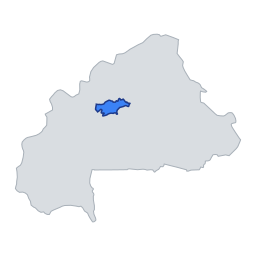 Passoré highlighted on a map of Burkina Faso
{"feature_id": "BFA-2817", "entity_name": "Passoré", "entity_type": "Province", "adm_level": 1, "iso_a3": "BFA", "parent_name": "Burkina Faso", "parent_adm1": "", "projection": "natural_earth1", "projection_center": [-2.128, 12.879], "detail": "fine", "context": "in_parent", "style": "filled", "palette": "blue", "viewbox_px": 256, "rotation_deg": 0, "n_neighbors": 0, "source": "natural_earth", "source_scale": "10m", "svg_char_len": 4310}
<svg xmlns="http://www.w3.org/2000/svg" viewBox="0 0 256 256"><path d="M198.4,169.8L191.0,170.1L188.4,171.1L186.8,171.1L186.7,170.3L186.5,169.8L177.3,167.3L170.8,165.7L164.2,164.0L163.8,165.6L162.9,166.7L161.5,166.7L160.5,166.5L159.8,167.7L158.7,169.3L157.2,170.1L155.7,171.1L154.9,172.0L154.3,172.0L152.7,169.9L150.7,169.7L147.0,170.1L145.3,169.5L143.0,169.2L137.6,169.7L129.0,168.8L127.5,169.3L127.2,169.7L118.6,169.8L109.2,169.9L101.3,169.9L94.4,170.0L94.3,169.7L92.1,169.6L91.9,170.3L89.9,178.6L89.7,183.1L90.7,185.9L91.9,187.7L93.2,188.4L93.3,189.4L92.3,190.7L92.4,192.0L93.6,193.4L93.9,194.9L93.3,196.4L93.4,200.0L94.4,205.8L94.4,209.5L93.5,211.2L93.9,214.1L95.6,218.2L95.9,220.0L95.3,220.8L93.9,221.8L92.5,221.8L90.8,219.3L90.1,218.2L88.7,215.7L87.6,213.1L86.0,212.0L84.5,211.0L82.7,207.8L80.9,206.2L79.0,206.7L76.2,206.1L70.7,205.3L64.7,205.5L62.2,206.2L59.8,207.4L53.6,210.0L51.1,211.3L49.3,214.5L47.2,214.4L45.0,213.4L43.7,211.9L40.9,212.3L38.2,210.8L35.5,208.0L33.6,207.1L31.1,205.1L30.4,201.2L28.8,198.5L27.4,194.7L25.3,193.0L22.8,192.1L19.4,192.3L17.1,190.8L15.4,188.6L15.8,186.7L16.6,184.0L16.7,181.4L17.3,177.2L17.0,171.9L16.4,168.2L18.3,166.6L20.4,165.3L21.8,162.7L23.2,157.1L23.8,152.2L23.4,150.4L22.7,149.0L22.1,146.9L21.8,144.3L22.2,142.1L23.9,140.0L25.9,138.3L27.4,137.5L31.3,136.6L36.2,135.3L39.0,133.9L41.0,132.4L42.2,131.2L43.3,128.9L45.2,127.0L46.7,125.2L46.9,120.0L46.9,117.1L45.8,115.5L45.2,114.1L52.5,110.0L52.5,107.2L51.5,104.0L50.1,101.4L49.6,99.2L51.6,96.6L53.4,94.7L54.7,93.0L57.5,90.5L60.4,89.8L63.1,90.8L71.0,96.7L72.4,97.1L74.0,96.7L76.1,95.1L78.8,93.9L79.8,89.9L79.7,84.0L80.3,81.3L81.7,80.8L86.3,82.0L87.4,82.0L88.8,81.6L89.7,80.6L89.7,78.7L89.5,77.1L90.9,71.6L93.6,67.5L99.1,62.4L100.8,61.4L102.8,60.9L112.5,64.4L114.1,63.5L116.5,54.8L119.2,54.0L122.3,53.8L124.4,53.1L125.5,52.5L130.1,49.2L138.3,44.7L142.7,42.7L143.5,42.0L146.7,38.8L150.9,35.2L153.5,34.4L157.2,34.2L159.5,34.8L160.2,35.8L160.9,36.3L165.7,34.8L172.6,37.3L178.6,39.7L178.2,41.2L178.2,44.0L177.7,48.3L177.1,53.5L179.6,56.8L182.5,60.4L183.3,61.8L182.6,65.4L183.1,67.4L184.7,70.9L187.3,75.3L190.1,79.8L192.0,80.4L193.8,80.8L194.9,81.6L196.5,82.4L198.0,82.9L199.4,83.9L200.3,84.9L201.5,87.6L204.5,89.5L206.7,91.3L205.8,92.2L203.1,91.9L200.6,91.1L200.3,92.4L200.2,97.5L200.6,101.8L201.2,102.4L203.8,103.1L209.8,108.7L215.3,113.9L217.1,115.3L220.1,115.8L223.5,116.0L224.9,115.5L228.2,112.9L230.0,112.6L231.6,112.7L232.4,113.1L234.0,115.3L235.5,118.5L235.9,120.9L235.8,122.2L235.3,122.7L232.6,123.3L231.5,123.8L231.2,124.5L231.6,126.1L232.1,127.2L235.1,131.9L239.3,138.2L240.6,139.8L239.9,141.7L237.8,146.6L236.2,148.7L229.1,155.7L225.6,154.9L218.2,156.3L217.1,154.7L215.4,154.5L213.3,154.7L212.5,155.3L212.3,156.0L211.6,157.0L210.2,159.8L209.2,160.5L207.9,160.9L206.3,160.9L205.3,161.2L205.3,162.6L205.0,163.8L204.0,164.4L203.5,165.7L203.6,167.0L203.0,167.6L201.6,167.3L200.8,167.0L200.0,168.7L199.1,169.8L198.4,169.8Z" fill="#d9dde1" stroke="#a8b0b8" stroke-width="1"/><path d="M102.2,113.1L101.4,113.0L101.2,112.3L101.5,111.4L101.9,110.7L101.8,109.8L101.2,109.4L100.9,109.4L100.6,109.4L100.0,110.0L99.6,110.4L98.8,111.1L97.6,111.9L96.7,110.7L95.9,109.9L95.6,109.5L95.6,108.5L96.0,106.3L96.1,105.6L96.2,105.4L96.3,104.6L96.3,104.2L96.9,104.3L98.2,104.5L99.7,104.4L100.8,104.6L101.7,104.5L103.1,104.2L103.9,103.9L105.2,102.2L106.4,101.5L109.0,100.2L110.0,100.4L111.2,101.0L112.1,101.0L112.8,101.5L113.2,102.2L113.5,102.1L115.2,102.2L115.6,101.9L116.0,101.3L116.3,100.8L116.8,100.9L117.3,101.2L118.0,101.0L118.5,99.5L118.7,99.0L119.4,98.5L120.1,98.9L120.6,99.9L122.1,99.7L123.1,99.1L123.3,99.3L124.4,100.4L124.9,101.3L125.5,101.9L125.9,102.2L126.3,102.0L126.5,102.0L126.6,102.3L126.7,102.6L126.9,102.7L127.1,102.6L127.2,102.4L127.4,102.4L127.9,103.0L128.3,103.3L129.6,103.3L129.9,103.4L129.1,104.9L128.8,106.1L128.5,106.4L128.3,106.5L127.5,106.3L126.4,105.7L125.3,105.6L123.4,106.5L119.7,107.5L117.4,109.9L116.9,111.1L116.8,112.4L117.2,113.4L117.4,113.9L117.1,114.2L116.5,114.1L116.1,113.2L115.5,112.9L114.1,112.9L113.8,113.2L113.3,113.4L111.6,113.2L110.7,113.2L108.9,113.7L108.0,114.1L107.5,114.5L107.3,114.6L106.9,114.9L105.4,115.4L105.0,115.5L104.2,115.7L103.3,115.9L102.9,115.9L102.7,115.3L103.1,114.4L103.9,113.8L104.1,113.3L103.4,113.0L102.2,113.1Z" fill="#3b82f6" stroke="#1e3a8a" stroke-width="1.5"/></svg>